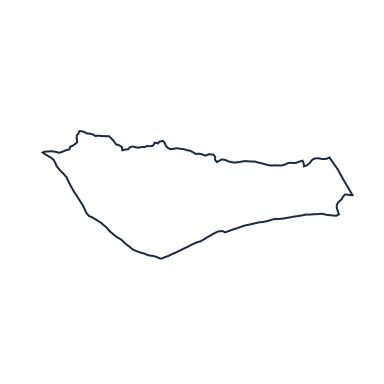 the district of Awendo, Nyanza, Kenya, rotated 287°
{"feature_id": "3690345B13715496647196", "entity_name": "Awendo", "entity_type": "district", "adm_level": 2, "iso_a3": "KEN", "parent_name": "Kenya", "parent_adm1": "Nyanza", "projection": "natural_earth1", "projection_center": [34.547, -0.872], "detail": "fine", "context": "isolated", "style": "outline", "palette": "slate", "viewbox_px": 384, "rotation_deg": 287, "n_neighbors": 0, "source": "geoboundaries", "source_scale": "gbopen_adm2", "svg_char_len": 2956}
<svg xmlns="http://www.w3.org/2000/svg" viewBox="0 0 384 384"><g transform="rotate(287 192 192)"><path d="M265.2,313.3L263.1,311.0L261.8,307.7L261.2,303.1L260.4,300.5L258.9,298.3L256.8,297.0L254.4,296.3L251.4,294.3L249.3,291.7L252.0,290.4L254.2,288.6L252.2,285.4L249.9,282.4L249.2,279.6L248.6,277.5L248.1,276.1L247.7,275.4L245.5,273.0L243.4,269.6L242.5,266.3L241.7,263.3L240.5,260.3L239.9,256.2L239.9,252.6L239.8,250.0L239.5,247.3L239.5,243.3L238.1,238.3L237.4,234.9L236.2,231.7L234.1,227.7L232.5,223.9L232.0,220.1L232.0,217.2L232.4,214.5L231.9,211.1L230.0,209.1L227.9,207.1L229.5,204.6L232.3,204.0L234.0,201.6L233.7,200.2L233.1,197.2L230.8,194.4L230.9,190.9L230.8,187.9L229.5,184.4L230.2,181.9L230.9,178.4L230.5,175.0L230.6,172.1L230.0,168.6L229.4,164.6L228.0,161.9L226.6,158.5L227.3,155.4L229.0,153.0L231.0,151.6L232.4,149.2L231.1,146.9L230.5,146.0L228.5,145.3L228.3,141.9L226.9,141.8L224.9,141.1L223.6,138.8L223.0,135.9L221.0,133.2L220.4,130.9L218.7,127.9L218.2,124.8L218.3,122.3L216.8,119.7L214.0,118.3L213.2,115.8L211.5,113.2L214.5,111.8L215.3,108.9L215.4,105.3L217.4,103.0L219.5,99.5L221.1,96.3L220.2,93.5L219.2,89.6L218.5,85.9L217.3,83.3L218.1,80.3L217.9,77.2L217.2,74.0L217.9,71.6L217.8,68.9L217.3,66.5L214.8,66.3L212.2,65.3L209.3,66.2L206.1,67.7L203.8,66.3L201.8,64.7L199.7,62.3L196.9,62.3L194.9,59.0L192.5,56.2L190.7,53.6L190.6,50.4L190.0,46.1L188.6,42.2L187.6,39.6L186.9,38.5L186.1,37.7L185.8,38.5L185.5,39.4L184.7,42.4L183.7,46.9L182.1,50.5L179.5,53.1L177.2,54.9L175.3,57.8L174.7,58.7L174.0,59.8L172.4,62.9L170.5,66.0L169.3,68.0L168.1,68.8L166.0,70.7L163.3,73.3L160.2,76.5L157.4,79.5L154.0,83.7L151.5,86.6L149.2,89.2L147.1,91.7L145.3,93.4L143.8,94.7L141.2,97.1L139.0,100.4L138.5,104.1L137.7,107.6L136.7,111.3L135.9,114.2L134.6,116.9L133.5,119.7L131.8,122.6L130.5,124.6L129.4,127.1L128.2,129.9L127.3,132.2L126.5,134.8L126.0,137.6L124.9,140.1L123.8,142.1L123.0,143.9L122.2,145.9L121.9,146.8L121.4,148.2L120.0,151.4L119.3,154.9L119.1,158.3L119.0,161.1L119.1,162.6L119.2,163.5L118.9,166.6L118.8,169.8L119.4,172.8L119.6,177.0L119.0,181.2L120.1,183.2L121.9,185.2L124.0,188.2L126.9,191.2L129.8,194.6L132.8,197.9L135.9,201.2L139.0,204.6L141.8,207.3L145.3,211.5L147.3,214.5L150.3,217.4L152.5,219.2L155.3,221.9L158.6,225.0L162.1,228.8L163.6,232.9L163.0,235.6L163.9,236.5L164.8,237.8L165.6,238.9L167.4,241.1L169.3,243.8L172.3,248.1L174.2,250.6L175.9,253.2L177.5,256.2L180.4,261.3L182.5,264.8L184.2,268.8L185.7,271.6L187.0,273.8L188.7,276.2L190.7,279.7L191.4,282.6L193.2,286.8L195.5,291.3L197.2,294.7L198.5,297.1L199.6,299.6L201.8,304.1L203.6,307.2L204.2,309.2L205.5,313.0L206.4,315.1L207.4,318.1L208.5,320.7L209.3,323.3L209.5,327.4L210.2,330.8L210.7,333.4L211.4,336.8L213.5,339.0L216.6,336.9L217.4,336.2L218.9,335.3L220.2,334.7L221.8,334.3L222.9,334.4L225.1,335.0L226.0,335.5L228.4,337.0L229.4,337.4L231.6,337.8L234.2,338.9L234.9,341.3L235.3,344.1L236.0,346.3L248.3,332.9L256.3,324.7L265.2,313.3Z" fill="none" stroke="#1e293b" stroke-width="2"/></g></svg>